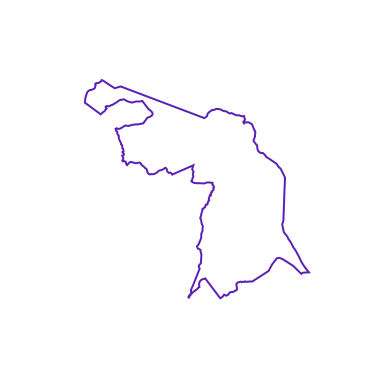 the district of San Antonino el Alto, Oaxaca, Mexico, rotated 32°
{"feature_id": "50627088B50879419202268", "entity_name": "San Antonino el Alto", "entity_type": "district", "adm_level": 2, "iso_a3": "MEX", "parent_name": "Mexico", "parent_adm1": "Oaxaca", "projection": "robinson", "projection_center": [-97.071, 16.822], "detail": "fine", "context": "isolated", "style": "outline", "palette": "violet", "viewbox_px": 384, "rotation_deg": 32, "n_neighbors": 0, "source": "geoboundaries", "source_scale": "gbopen_adm2", "svg_char_len": 6057}
<svg xmlns="http://www.w3.org/2000/svg" viewBox="0 0 384 384"><g transform="rotate(32 192 192)"><path d="M263.3,130.6L261.2,129.2L255.2,125.5L254.1,125.1L252.3,124.9L250.0,123.8L248.6,123.3L240.2,122.9L236.2,122.9L234.5,122.0L233.1,121.7L232.7,121.6L232.1,121.5L231.9,121.5L231.5,121.4L230.9,121.6L230.3,122.0L229.8,122.4L229.3,122.5L228.8,122.4L228.2,122.6L227.7,122.5L226.0,121.9L225.3,121.3L224.6,120.7L223.0,118.6L222.2,117.8L221.2,117.7L217.4,116.2L216.9,115.7L216.0,111.6L215.0,109.8L214.2,108.0L213.6,107.3L213.1,107.3L212.6,106.6L212.2,106.3L211.4,106.0L208.8,104.1L207.8,103.3L207.2,102.8L206.4,102.8L205.2,102.7L203.8,102.9L203.1,102.9L202.3,103.3L201.3,104.1L200.2,104.8L199.9,105.4L199.8,106.2L198.4,105.5L198.7,103.1L198.7,102.8L197.5,101.5L195.8,100.0L194.5,101.2L193.8,101.4L193.5,101.6L191.6,101.8L189.0,103.5L183.7,104.1L182.8,105.2L180.7,105.6L178.8,105.4L175.4,106.7L172.7,106.8L171.3,107.2L170.4,107.7L168.7,108.5L168.1,109.2L167.2,110.8L165.3,112.1L165.3,112.9L164.2,115.1L163.8,117.2L163.9,117.9L164.3,118.7L164.5,119.9L164.1,121.0L163.3,122.8L75.6,140.3L71.4,145.0L57.1,144.7L56.0,145.0L56.1,145.6L56.2,146.3L56.0,147.0L55.9,147.3L55.6,147.7L55.5,148.2L55.3,148.5L55.0,148.8L54.5,149.5L54.3,149.7L54.0,149.9L53.6,150.0L52.9,150.8L52.7,151.7L52.9,151.8L53.6,152.3L53.8,152.9L53.9,153.4L54.3,154.5L54.4,155.0L54.4,155.7L54.3,156.2L53.5,157.5L53.1,157.9L52.4,158.9L51.8,159.3L51.3,159.7L50.8,160.7L50.4,162.1L50.3,163.1L50.8,165.3L51.2,166.5L51.5,167.9L51.9,168.8L52.3,170.1L52.8,171.0L53.2,172.0L53.7,172.6L53.9,173.0L73.4,174.5L74.4,171.1L74.8,170.3L75.0,169.6L75.0,168.0L75.2,167.7L75.3,167.1L75.4,166.5L75.0,166.3L74.6,166.2L74.0,165.9L73.6,165.5L73.7,164.8L74.0,164.5L74.5,164.1L75.6,163.6L76.5,163.1L77.2,161.4L77.6,161.1L78.3,160.3L80.5,156.0L81.8,152.8L82.5,151.7L83.3,151.3L84.8,149.7L85.4,149.4L88.6,149.4L90.5,149.0L91.5,148.6L93.1,148.3L94.3,147.4L95.3,146.5L96.2,145.1L99.3,143.2L100.5,142.3L101.6,141.1L111.5,144.9L112.4,144.8L114.5,145.1L115.3,145.4L116.2,145.7L117.1,146.4L117.4,147.2L117.5,148.3L117.2,149.2L116.4,150.6L115.5,151.7L115.0,152.4L114.8,152.9L114.3,159.5L112.0,161.8L111.2,162.4L110.2,163.5L108.9,164.1L107.9,165.0L105.3,167.1L104.7,167.9L104.0,168.8L103.4,169.2L103.0,169.8L102.1,170.1L100.3,171.0L99.8,171.5L99.4,172.6L97.9,175.6L97.2,176.7L96.6,177.1L96.0,177.6L95.0,177.9L94.3,177.9L93.8,178.9L94.4,179.1L94.7,179.8L95.3,180.2L96.0,180.5L96.8,180.6L97.3,181.4L97.7,182.0L98.3,182.6L99.4,182.8L99.8,182.9L100.3,183.6L100.7,183.9L101.0,184.7L101.7,185.4L104.6,187.5L105.8,188.0L106.6,189.2L107.5,189.2L108.6,190.1L109.8,191.9L110.7,192.0L111.9,193.1L112.5,194.0L111.9,195.0L113.2,195.6L113.8,195.6L114.3,196.2L114.5,197.0L113.6,198.2L114.9,199.0L115.9,199.7L116.2,200.8L116.1,202.1L116.4,202.5L117.2,202.6L117.8,201.9L118.6,201.6L119.6,201.6L120.2,201.7L120.6,202.5L121.3,202.9L121.9,203.4L122.7,203.6L122.9,202.1L123.1,201.7L123.2,200.8L123.4,200.1L123.7,199.4L124.0,199.0L124.7,198.9L125.2,198.6L125.8,198.2L128.0,197.9L129.7,196.9L130.7,195.8L132.2,194.8L133.1,194.8L133.8,195.1L134.9,195.7L135.2,196.0L135.9,195.9L137.7,196.0L138.8,196.4L140.0,196.6L140.7,196.5L141.5,196.8L142.2,197.3L142.7,197.8L143.4,198.6L144.8,199.4L145.8,199.7L146.5,199.4L147.0,199.4L147.6,199.0L148.1,198.2L148.6,198.0L149.5,197.6L150.0,197.2L150.8,196.2L151.8,194.2L152.2,193.3L152.6,191.8L153.1,190.9L153.9,190.2L154.7,189.2L155.3,188.4L155.7,187.5L156.1,186.4L156.5,185.7L157.2,185.5L158.0,185.7L158.7,186.3L159.4,187.0L160.0,187.5L160.8,187.8L161.7,188.0L162.4,188.0L163.0,187.4L163.7,187.0L164.6,187.1L166.0,187.7L179.0,168.6L179.8,171.7L180.2,172.6L180.4,172.9L182.2,173.8L182.8,174.3L182.9,174.9L183.0,176.0L183.2,176.3L183.7,177.1L184.6,177.7L185.1,178.4L185.0,179.5L185.8,181.8L185.7,183.1L186.5,183.3L188.2,183.3L188.6,183.2L189.3,183.0L189.9,182.6L191.1,182.2L191.5,182.0L193.8,180.5L194.5,180.1L197.8,178.3L199.6,176.1L200.6,175.3L202.6,174.3L204.6,173.4L205.4,175.0L206.3,175.0L207.6,175.7L208.0,176.3L207.8,176.9L208.5,177.4L208.5,178.0L209.0,178.5L209.0,179.5L208.4,181.3L208.5,181.8L209.0,181.9L208.8,182.9L209.0,184.1L209.8,184.5L209.8,184.9L208.9,185.2L209.1,186.2L209.3,186.4L209.3,186.7L209.4,186.9L209.5,187.2L209.4,187.7L209.5,188.3L209.9,188.9L210.5,189.3L210.5,189.9L210.7,190.3L211.0,190.3L211.0,190.8L210.8,191.9L211.0,192.8L211.6,193.8L211.5,194.6L210.8,194.9L210.5,195.4L210.7,195.7L210.7,196.6L210.8,197.0L210.8,197.4L211.2,198.0L210.9,198.5L210.5,199.4L210.3,200.1L210.0,200.4L209.9,200.8L209.9,201.3L210.1,201.5L210.3,201.4L210.5,201.7L211.6,206.0L212.2,207.1L212.8,209.7L212.9,209.9L214.2,210.6L216.9,213.6L219.3,215.3L221.7,219.9L221.7,220.4L221.8,221.1L222.0,222.5L222.8,223.7L224.3,226.6L224.5,228.2L224.9,230.0L225.0,231.3L225.2,232.0L225.3,233.1L225.0,235.4L225.8,236.1L226.9,236.8L227.2,236.9L228.5,236.6L230.0,236.6L230.7,237.8L233.0,239.9L235.1,243.6L236.3,245.9L236.8,246.5L237.2,247.4L237.1,249.4L236.7,250.6L237.6,251.9L238.1,252.4L239.1,252.8L242.3,270.4L243.0,275.5L244.8,278.3L244.9,278.7L244.7,280.0L244.5,281.7L244.5,282.5L245.5,284.0L245.2,282.3L245.2,281.4L245.3,280.1L245.7,277.4L246.5,274.7L246.6,274.4L246.8,274.3L246.9,274.0L247.0,273.7L247.8,271.7L248.2,269.3L248.7,268.8L246.6,266.1L246.3,264.9L246.1,264.0L246.1,263.0L246.4,261.8L247.3,260.1L248.1,259.7L249.0,258.3L272.2,267.1L273.4,265.1L273.6,262.1L274.5,261.9L275.5,262.0L276.7,260.9L277.2,259.6L277.0,258.4L277.5,257.3L277.5,256.8L278.6,255.8L280.2,254.6L280.5,253.8L280.8,252.8L281.7,251.9L281.8,250.8L280.7,249.3L279.3,247.6L278.7,247.0L278.4,246.6L278.3,246.1L278.9,244.3L279.9,243.3L280.5,242.4L281.6,242.3L282.4,241.4L283.0,241.2L283.7,240.7L284.0,240.1L284.2,239.7L285.2,239.7L285.8,239.3L287.3,238.1L288.1,237.7L288.5,237.3L288.7,237.0L288.9,236.9L290.5,236.1L298.8,218.4L298.3,211.1L299.1,203.2L301.1,201.5L304.4,200.9L316.8,201.0L328.0,203.5L328.7,201.8L329.9,200.9L333.7,198.2L326.8,195.7L322.2,193.5L316.7,190.0L311.4,187.0L306.9,185.0L304.2,183.4L302.6,182.4L297.9,180.4L297.1,179.6L291.0,177.3L285.7,171.7L284.6,167.7L271.9,145.7L263.3,130.6Z" fill="none" stroke="#5b21b6" stroke-width="2"/></g></svg>